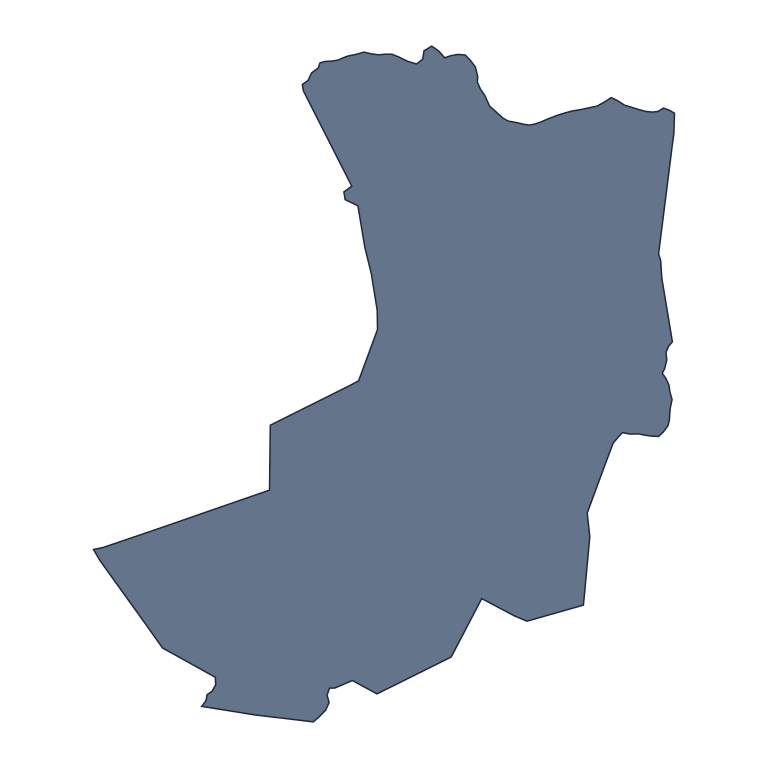 outline of Alagoinhas, Bahia, Brazil
{"feature_id": "56859067B11961030352973", "entity_name": "Alagoinhas", "entity_type": "district", "adm_level": 2, "iso_a3": "BRA", "parent_name": "Brazil", "parent_adm1": "Bahia", "projection": "orthographic", "projection_center": [-38.386, -12.106], "detail": "fine", "context": "isolated", "style": "filled", "palette": "slate", "viewbox_px": 768, "rotation_deg": 0, "n_neighbors": 0, "source": "geoboundaries", "source_scale": "gbopen_adm2", "svg_char_len": 1800}
<svg xmlns="http://www.w3.org/2000/svg" viewBox="0 0 768 768"><path d="M674.5,113.2L668.9,110.0L663.5,108.1L658.1,111.4L652.7,112.1L645.6,111.4L638.0,109.3L631.3,107.2L624.3,105.1L617.7,100.7L611.2,97.6L605.7,101.2L597.3,106.0L587.6,108.1L580.7,109.6L572.5,110.9L566.2,112.6L558.4,114.9L548.9,118.5L541.3,121.8L535.4,123.9L529.3,125.1L523.5,124.2L516.2,122.5L508.0,121.0L503.1,118.2L498.7,114.3L494.6,110.5L489.7,106.3L487.3,101.0L484.7,95.3L480.4,89.0L477.4,82.2L477.7,76.6L475.4,67.0L470.2,60.1L465.2,55.0L457.9,54.4L450.8,55.7L444.7,57.8L438.9,51.2L431.7,46.1L424.0,50.8L422.7,59.2L416.5,64.0L407.1,61.1L398.7,56.9L391.8,54.2L384.7,54.2L378.8,54.8L371.6,53.9L364.1,52.1L355.9,54.4L348.0,56.0L343.1,57.8L338.1,60.1L331.7,61.1L325.6,61.4L320.0,62.8L318.3,67.9L311.6,72.9L308.1,80.4L302.3,84.5L303.4,90.9L351.8,186.2L343.9,191.9L345.1,199.6L357.9,205.8L364.9,247.6L371.4,274.1L377.2,310.4L377.5,329.5L358.6,380.8L349.8,385.5L270.3,425.2L269.5,490.1L213.2,509.6L167.8,525.4L103.4,547.4L93.5,549.5L100.2,560.9L145.8,624.4L162.6,648.1L168.7,651.4L215.3,677.3L215.7,684.7L212.2,691.0L207.0,694.8L206.1,700.5L201.7,706.4L254.7,714.9L313.3,721.9L319.4,716.6L325.7,710.1L329.1,702.6L327.1,695.1L329.5,688.2L335.0,688.0L352.3,680.5L367.6,688.8L376.9,693.9L390.3,687.3L403.4,680.8L451.2,657.0L462.0,636.4L481.7,598.6L514.4,615.9L526.9,621.2L583.4,605.1L584.9,589.9L589.8,536.8L587.2,513.0L595.9,489.5L605.9,462.4L613.2,443.0L622.3,432.6L630.3,434.1L638.8,433.9L645.5,435.3L652.2,436.2L658.6,436.4L663.3,432.0L667.9,425.8L669.4,420.2L669.7,414.5L670.3,407.9L672.1,399.5L669.9,391.9L669.0,385.2L665.9,378.4L662.3,373.4L664.7,368.5L666.8,359.9L666.0,352.2L668.8,346.0L672.4,341.8L661.8,278.0L660.7,260.8L658.6,253.8L672.2,146.0L673.9,133.5L674.5,113.2Z" fill="#64748b" stroke="#1e293b" stroke-width="1.5"/></svg>